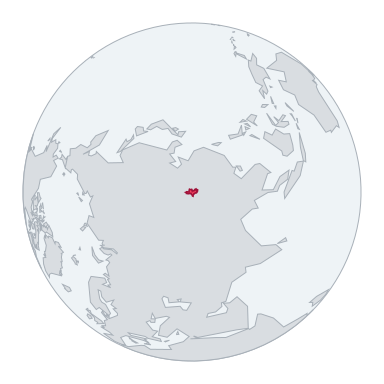 Ningxia highlighted on a globe, orthographic projection, rotated 254°
{"feature_id": "CHN-1803", "entity_name": "Ningxia", "entity_type": "Autonomous Region", "adm_level": 1, "iso_a3": "CHN", "parent_name": "China", "parent_adm1": "", "projection": "orthographic", "projection_center": [106.175, 37.314], "detail": "fine", "context": "on_globe", "style": "filled", "palette": "rose", "viewbox_px": 384, "rotation_deg": 254, "n_neighbors": 0, "source": "natural_earth", "source_scale": "10m", "svg_char_len": 13495}
<svg xmlns="http://www.w3.org/2000/svg" viewBox="0 0 384 384"><g transform="rotate(254 192 192)"><circle cx="192" cy="192" r="169" fill="#eef3f6" stroke="#a8b0b8"/><path d="M347.9,256.6L347.7,257.4L347.5,257.6L347.9,256.6ZM291.7,55.6L279.4,48.7L278.5,47.6L275.7,46.5L276.6,48.1L277.9,49.4L269.5,51.1L270.7,60.3L276.7,65.6L271.0,62.9L286.1,75.2L290.3,83.7L282.1,72.7L278.6,70.7L279.8,75.5L276.5,74.5L275.2,76.4L271.1,74.9L266.6,69.1L263.9,68.1L264.9,71.6L261.4,72.7L260.4,67.6L254.2,69.0L245.6,60.5L246.0,49.7L237.8,45.4L229.3,35.7L226.7,36.1L221.8,33.2L216.9,32.7L216.7,31.5L213.0,32.2L214.2,33.5L212.9,34.3L210.1,34.3L209.4,32.5L210.7,32.3L209.0,31.8L209.8,31.0L207.9,31.4L207.3,29.5L203.8,31.3L199.9,29.9L200.6,28.7L205.9,28.9L220.7,27.9L223.0,27.5L221.1,26.4L206.2,23.8L206.6,23.7L205.2,23.6L218.5,25.1L231.6,27.7L244.4,31.4L256.9,36.0L269.0,41.6L280.6,48.1L291.7,55.6ZM200.6,23.3L202.2,23.5L196.4,23.5L199.2,24.2L197.2,24.5L197.9,25.6L192.0,25.5L186.0,25.0L185.1,24.2L182.4,24.1L178.6,25.2L172.5,24.6L160.7,26.1L159.7,26.2L162.0,25.7L174.8,23.9L187.7,23.1L200.6,23.3ZM350.2,134.7L349.0,132.1L349.3,132.0L350.2,134.7ZM348.5,131.8L348.9,132.4L348.6,132.2L348.5,131.8ZM348.5,132.4L348.5,132.0L348.6,132.8L348.5,132.4ZM348.6,133.7L348.5,132.9L348.6,133.1L348.6,133.7ZM348.3,134.7L348.2,134.9L347.9,133.8L348.3,134.7ZM279.0,50.3L277.0,48.3L277.3,47.4L279.5,49.2L279.0,50.3ZM277.8,52.8L275.9,51.2L279.2,52.0L279.3,52.6L277.8,52.8ZM281.7,70.0L280.7,67.4L282.8,70.3L281.7,70.0ZM275.7,76.9L277.0,78.0L275.8,78.6L275.7,76.9ZM201.0,25.6L199.5,25.6L200.2,25.3L201.0,25.6ZM202.8,26.2L204.7,26.0L205.8,26.2L204.6,26.4L202.8,26.2ZM268.4,76.9L265.9,77.7L267.7,75.9L268.4,76.9ZM200.2,26.4L207.5,26.8L209.4,27.3L206.5,28.3L200.2,26.4ZM264.0,77.5L258.1,79.8L260.6,82.3L250.2,76.8L258.7,76.4L260.4,73.7L261.4,76.2L264.0,77.5ZM215.7,33.9L214.4,32.5L218.0,33.8L215.7,33.9ZM218.3,34.6L231.3,38.0L231.9,40.3L227.4,38.5L230.2,41.8L224.1,41.2L221.2,39.3L222.0,37.8L219.0,38.8L218.3,34.6ZM245.5,73.6L243.4,73.5L244.7,72.6L245.5,73.6ZM212.7,34.8L215.3,35.1L215.9,37.1L210.9,36.7L212.3,36.2L212.7,34.8ZM233.9,43.2L233.5,44.7L228.4,44.6L227.6,45.2L224.0,41.4L233.9,43.2ZM210.7,35.7L208.3,36.5L205.5,35.6L210.2,34.6L210.7,35.7ZM218.2,37.8L218.3,38.8L216.6,38.1L218.2,37.8ZM194.1,33.4L197.2,33.5L197.8,34.5L194.1,33.4ZM207.6,36.9L208.6,37.3L209.2,37.7L207.0,38.1L207.6,36.9ZM220.6,41.7L218.6,41.4L221.9,43.2L218.2,43.4L216.5,40.9L215.7,42.1L214.6,42.2L214.4,40.1L220.6,41.7ZM206.6,40.0L203.1,37.3L197.3,36.7L196.6,35.8L206.1,36.9L206.6,40.0ZM211.2,40.2L208.2,39.8L208.8,38.7L211.3,38.3L211.2,40.2ZM216.4,44.5L222.4,44.9L222.6,45.4L216.4,44.5ZM204.8,40.0L205.7,40.7L204.3,40.1L204.8,40.0ZM212.7,43.3L214.8,43.3L214.9,43.9L212.7,43.3ZM205.7,42.2L204.6,41.3L206.2,40.9L205.7,42.2ZM208.8,42.9L208.5,43.8L207.4,41.3L209.7,42.8L208.8,42.9ZM212.5,43.9L213.2,44.3L211.5,43.9L212.5,43.9ZM200.2,44.4L198.5,41.4L202.1,40.4L203.2,43.5L200.2,44.4ZM62.0,84.1L65.0,82.2L60.9,88.2L58.6,101.0L57.4,104.1L52.3,108.6L46.3,128.8L50.7,127.2L50.5,142.4L53.9,149.4L64.6,139.9L59.2,128.1L63.5,120.3L72.2,124.7L77.7,135.8L79.6,133.1L80.6,121.8L86.4,120.4L81.4,117.7L80.1,121.7L76.9,120.3L78.0,116.6L80.0,116.1L79.6,112.1L70.1,116.1L67.7,120.6L63.9,113.9L59.5,121.0L56.8,121.3L63.3,109.6L66.1,107.1L74.2,92.0L70.9,93.9L63.0,108.5L63.4,105.8L58.8,109.2L62.7,104.5L72.2,88.8L71.8,83.3L63.4,85.9L64.8,82.7L69.6,76.7L80.6,68.0L76.2,76.4L80.0,74.1L87.7,67.1L85.7,70.5L88.3,68.8L87.3,72.1L92.6,72.3L92.6,75.4L101.1,71.8L102.2,73.0L96.8,74.7L93.1,77.8L93.9,86.3L95.9,86.9L101.4,84.0L100.9,87.0L106.1,83.1L109.7,87.1L109.7,79.3L116.1,76.4L121.8,77.0L123.9,74.8L114.7,73.9L111.0,74.9L107.8,77.9L97.8,80.2L96.1,78.2L106.6,71.0L105.4,67.6L114.1,64.0L133.8,67.7L138.7,71.7L133.2,84.4L128.4,85.0L127.9,80.5L122.4,87.4L125.7,85.5L125.3,88.2L131.3,86.7L131.4,88.5L137.1,84.1L137.8,86.2L134.1,89.0L143.7,89.2L146.8,93.4L149.0,92.6L150.4,90.5L153.5,97.6L154.9,96.7L154.5,94.0L157.1,90.6L162.9,87.6L163.6,90.2L161.6,91.6L158.6,98.8L153.2,102.7L154.1,103.5L158.9,100.8L162.7,91.9L165.9,89.4L164.9,93.5L165.5,91.8L167.4,91.4L169.9,93.5L171.4,89.0L190.9,82.5L197.7,86.5L194.6,90.6L209.0,90.2L215.6,95.6L215.2,93.0L221.8,91.6L219.8,89.9L220.1,88.5L236.1,85.3L240.5,86.9L246.9,83.5L246.7,82.2L243.8,80.8L250.2,76.8L260.6,82.3L260.6,84.7L267.1,86.9L266.1,92.3L268.3,98.2L263.4,103.5L265.6,108.0L267.9,108.4L272.6,115.1L274.2,128.4L262.7,115.9L258.3,97.6L259.2,104.6L255.9,102.7L254.4,105.1L255.3,110.4L257.3,111.2L243.1,119.4L239.2,134.0L246.9,132.9L251.6,137.0L253.9,154.8L239.3,179.4L245.5,186.9L245.8,192.0L240.4,195.4L239.7,188.0L234.3,185.5L234.7,181.0L225.8,184.7L226.0,178.5L218.9,184.7L221.6,189.6L229.4,188.4L223.1,196.9L231.0,205.3L231.8,215.4L218.3,233.0L204.6,238.0L203.8,241.1L198.4,237.4L191.2,243.0L201.1,260.3L200.7,265.0L189.0,273.2L188.8,269.7L174.6,259.9L171.8,270.8L182.6,280.8L186.3,291.3L177.9,287.5L174.2,278.1L169.2,274.3L170.6,264.9L166.7,249.6L158.3,251.2L159.0,245.2L152.3,231.3L140.3,232.8L121.1,243.8L118.3,258.2L111.8,262.4L104.4,237.9L105.0,222.6L99.9,221.8L94.3,205.4L77.5,194.4L77.4,189.7L73.7,189.2L70.2,181.6L70.8,174.0L67.6,171.6L66.5,191.8L70.2,194.4L76.4,191.5L75.1,197.7L78.9,206.4L66.8,213.9L45.5,208.5L47.2,196.9L50.6,157.4L52.6,154.9L52.7,154.5L53.0,153.7L49.5,157.3L51.3,150.0L45.4,175.2L42.8,184.4L45.1,208.8L44.0,209.5L45.9,215.6L56.5,221.4L55.8,224.7L48.4,235.6L37.0,242.9L40.7,258.5L43.6,269.2L41.3,268.2L45.4,276.0L39.8,265.3L34.9,254.3L30.9,242.9L27.7,231.3L25.3,219.5L23.8,207.5L23.1,195.5L23.3,183.4L24.3,171.4L26.2,159.5L28.9,147.8L32.5,136.3L36.9,125.0L42.0,114.2L48.0,103.7L54.6,93.6L62.0,84.1ZM79.7,154.3L85.6,160.7L89.6,150.4L92.2,152.1L92.6,148.2L89.9,149.6L91.9,139.4L96.9,139.8L99.6,136.0L97.7,133.7L88.4,134.6L85.4,149.1L81.2,150.9L79.7,154.3ZM160.0,26.1L159.7,26.2L160.0,26.1ZM103.6,58.2L101.0,60.4L98.2,61.3L98.3,58.5L102.4,57.1L103.6,58.2ZM98.1,63.6L108.5,57.9L108.9,59.7L107.0,59.6L106.2,61.4L102.8,61.7L93.0,69.5L89.8,70.9L91.6,64.3L92.7,65.5L95.2,63.1L98.1,63.6ZM134.4,43.6L138.9,42.1L134.0,47.9L130.3,48.7L130.1,45.6L134.3,43.0L134.4,43.6ZM193.6,28.6L195.6,28.4L195.8,28.8L194.3,29.3L193.6,28.6ZM195.5,33.4L184.8,30.3L186.6,29.8L178.2,29.1L179.7,27.6L185.1,28.0L180.0,26.6L185.4,26.4L181.4,25.7L193.3,26.7L198.0,26.8L192.2,27.2L190.7,28.5L191.4,29.1L197.1,31.0L206.5,32.2L206.5,34.0L204.1,35.0L201.8,35.0L202.5,33.7L199.0,34.6L198.3,32.8L195.5,33.4ZM174.9,50.9L176.7,48.5L169.5,51.8L168.7,49.3L168.0,49.8L165.3,48.5L160.7,48.0L161.1,46.7L159.2,47.1L157.4,46.4L154.8,46.5L154.7,44.5L151.5,44.6L153.3,43.6L147.9,44.4L151.8,42.9L149.9,42.1L147.1,43.9L152.7,34.5L152.1,32.3L149.3,31.5L156.5,29.6L163.7,29.5L169.8,30.8L169.4,33.4L172.7,32.3L173.5,33.4L170.5,33.8L175.6,33.8L175.4,34.8L180.9,37.2L188.2,37.0L190.4,38.1L187.5,38.7L191.7,39.3L187.6,41.3L189.1,42.1L186.5,45.1L180.0,46.1L182.1,47.0L180.3,49.6L174.9,50.9ZM199.3,45.2L191.7,46.5L187.5,45.9L193.7,41.0L192.9,39.9L196.7,37.2L202.7,38.3L201.0,38.9L200.8,39.8L199.1,39.1L200.3,40.4L198.1,41.4L198.5,42.7L195.9,42.7L199.3,45.2ZM59.4,104.0L59.0,105.8L59.3,107.9L56.4,110.3L59.4,104.0ZM65.6,93.1L65.8,94.1L61.9,98.1L62.2,96.4L65.6,93.1ZM69.3,91.5L66.2,93.9L68.1,91.6L69.3,91.5ZM97.4,75.6L98.0,76.7L96.7,77.6L94.9,78.0L97.4,75.6ZM153.5,61.6L155.1,59.9L156.1,60.1L161.8,58.0L162.8,59.9L159.8,61.9L153.5,61.6ZM61.8,139.9L58.8,140.1L59.2,137.9L60.1,138.3L61.8,139.9ZM56.0,124.5L55.7,129.5L55.2,125.1L56.0,124.5ZM155.5,63.3L157.7,62.1L156.8,63.8L155.5,63.3ZM163.8,61.2L163.4,63.1L163.6,59.9L163.8,61.2ZM57.3,283.0L60.6,296.4L56.6,292.2L52.6,285.7L49.1,276.1L52.6,277.7L53.4,274.6L57.3,283.0ZM228.9,312.8L233.9,312.9L233.7,313.4L228.9,312.8ZM223.6,311.2L229.4,311.0L222.6,312.5L223.6,311.2ZM231.7,310.9L237.6,309.2L240.1,308.0L239.7,309.3L231.7,310.9ZM219.7,311.5L198.1,311.6L189.6,309.7L191.6,307.7L205.4,308.6L219.7,311.5ZM191.0,307.6L177.9,300.5L160.2,279.3L166.6,280.5L185.1,294.1L183.9,296.0L191.8,301.5L191.0,307.6ZM222.4,296.2L221.2,302.0L209.3,301.8L203.9,300.9L200.2,293.3L202.3,289.5L206.7,289.6L223.9,275.6L229.9,278.7L224.6,284.7L229.5,289.7L222.4,296.2ZM118.9,259.8L122.3,269.4L118.8,269.7L118.9,259.8ZM230.8,265.3L223.9,271.9L230.2,263.2L230.8,265.3ZM234.5,257.0L235.0,260.2L232.2,257.3L234.5,257.0ZM203.6,245.7L198.9,246.4L198.8,244.0L204.8,241.8L203.6,245.7ZM232.4,223.9L232.3,231.2L231.4,233.7L229.3,229.4L232.4,223.9ZM167.2,80.7L158.2,81.3L152.4,83.6L150.1,87.5L149.4,82.5L158.4,78.9L167.2,80.7ZM187.9,81.9L189.8,78.8L191.5,80.3L191.3,81.2L187.9,81.9ZM187.2,80.0L184.7,76.1L187.4,74.5L188.9,77.8L187.2,80.0ZM169.7,69.0L167.0,68.9L167.8,67.5L169.7,69.0ZM270.5,341.6L271.9,340.3L277.7,337.4L274.0,339.7L270.5,341.6ZM253.2,341.3L220.4,351.2L213.5,351.2L215.9,349.1L210.9,342.4L213.2,342.4L212.5,337.2L232.3,330.5L246.7,318.6L256.9,317.5L265.1,308.1L275.5,306.1L271.9,313.0L282.1,313.7L290.4,298.0L295.2,309.6L301.6,310.7L301.7,316.5L284.9,332.3L276.6,337.4L275.6,337.5L272.0,339.6L267.3,341.3L266.0,339.5L262.3,341.5L266.4,338.2L260.9,341.8L259.0,340.5L253.2,341.3ZM326.3,289.4L327.5,288.6L328.8,288.8L327.0,290.2L326.3,289.4ZM344.9,263.2L345.0,263.3L344.0,265.2L344.9,263.2ZM347.5,257.6L346.3,260.1L347.9,256.6L347.5,257.6ZM334.2,276.5L334.6,276.7L334.1,277.5L334.2,276.5ZM333.8,276.7L334.7,274.7L334.4,276.1L333.8,276.7ZM328.8,274.2L329.6,272.8L329.9,273.2L328.8,274.2ZM241.4,312.1L248.5,307.0L252.3,306.1L241.4,312.1ZM327.8,273.4L325.8,274.6L326.1,273.7L327.8,273.4ZM328.1,271.4L327.9,270.4L329.0,272.2L328.1,271.4ZM324.4,271.4L326.7,271.9L324.1,271.8L324.4,271.4ZM322.9,272.6L321.1,272.8L321.3,272.3L322.9,272.6ZM301.6,284.7L308.4,288.5L302.7,290.9L296.4,289.2L291.1,295.1L279.2,298.1L282.0,294.8L280.5,291.3L268.0,292.8L265.5,290.7L270.0,288.0L261.6,287.5L270.8,284.4L274.5,289.1L279.7,283.5L288.4,282.1L296.7,281.1L303.3,282.5L301.6,284.7ZM270.7,296.3L272.3,296.0L270.8,297.9L270.7,296.3ZM317.7,271.8L320.3,272.9L320.0,273.7L318.7,274.1L317.7,271.8ZM304.8,281.0L311.9,273.5L313.5,272.8L308.8,279.9L304.8,281.0ZM310.3,271.4L313.5,270.5L315.1,272.2L314.4,273.2L310.3,271.4ZM252.0,294.9L251.6,296.5L249.2,295.7L252.0,294.9ZM255.1,293.5L262.3,293.9L254.4,294.9L255.1,293.5ZM232.9,290.8L235.0,294.3L241.9,291.3L236.7,295.2L241.2,300.6L239.6,302.9L235.1,297.1L233.4,303.8L230.4,303.9L228.8,298.4L231.9,291.2L234.9,288.0L247.2,285.4L232.9,290.8ZM255.1,289.1L253.2,285.1L254.6,282.0L256.7,283.9L255.1,289.1ZM247.4,275.2L242.2,270.5L237.5,273.0L246.9,264.5L250.3,270.4L247.4,275.2ZM242.8,264.0L238.5,266.3L242.9,261.4L242.8,264.0ZM237.3,264.6L236.8,260.8L240.2,261.0L237.3,264.6ZM245.1,263.9L245.8,257.3L247.7,260.9L245.1,263.9ZM235.1,252.3L242.7,258.0L232.9,256.1L232.2,243.4L236.4,242.8L235.1,252.3ZM256.2,196.3L255.0,192.5L258.6,191.1L258.4,194.1L256.2,196.3ZM269.4,184.0L259.2,189.5L250.9,194.3L253.6,195.7L252.1,202.6L247.7,196.9L253.3,188.8L259.7,186.5L260.3,180.7L264.8,176.2L263.2,169.3L265.1,166.0L268.4,171.6L269.4,184.0ZM262.3,166.5L261.2,154.2L268.2,154.8L270.0,157.6L267.6,162.9L264.0,162.3L262.3,166.5ZM263.0,151.5L259.5,150.9L250.6,134.1L250.5,130.8L261.0,143.2L258.3,143.4L259.2,147.7L263.0,151.5ZM244.2,74.8L243.4,73.6L245.3,74.4L244.2,74.8ZM218.8,87.6L219.5,86.0L221.7,86.8L218.8,87.6ZM222.7,82.0L219.8,82.2L222.5,80.9L222.7,82.0ZM213.3,82.9L218.5,81.7L214.0,84.4L213.3,82.9Z" fill="#d9dde1" stroke="#a8b0b8" stroke-width="1"/><path d="M193.4,185.9L193.4,186.0L193.4,186.3L193.5,186.5L193.6,186.8L193.8,186.9L193.8,187.0L193.7,187.3L193.4,187.9L193.2,188.1L193.1,188.6L192.9,188.9L192.7,189.1L192.9,189.3L193.1,189.3L193.5,189.5L193.9,189.6L194.1,189.6L194.3,189.6L194.6,189.7L194.7,189.8L194.8,189.9L194.8,190.0L195.1,190.2L195.2,190.3L195.5,190.4L195.5,190.5L195.4,190.6L195.1,190.7L195.0,190.8L194.9,191.0L194.7,191.2L194.7,191.3L194.6,191.6L194.5,191.8L194.5,192.0L194.7,192.3L194.7,192.5L194.4,192.6L194.2,192.5L193.9,192.6L193.7,192.6L193.4,192.4L193.2,192.3L193.1,192.6L193.0,192.8L193.0,193.1L192.9,193.1L193.0,193.2L193.1,193.4L193.1,193.5L192.9,193.7L192.8,193.8L192.7,193.8L192.7,194.0L192.8,194.2L192.8,194.3L192.7,194.3L192.7,194.5L192.8,194.6L192.8,194.8L192.7,194.9L192.7,195.0L192.8,195.1L193.0,195.1L193.4,195.3L193.5,195.2L193.6,195.3L193.7,195.5L193.8,195.6L193.8,195.8L193.8,196.0L193.6,196.2L193.7,196.3L193.8,196.5L193.7,196.5L193.4,196.7L193.4,196.8L193.2,196.7L192.9,196.7L192.7,196.7L192.6,196.8L192.7,197.0L192.8,197.1L192.6,197.2L192.6,197.3L192.8,197.4L192.8,197.5L192.7,197.7L192.7,197.8L192.5,198.1L192.4,198.1L192.3,197.9L192.2,197.9L192.1,197.7L191.8,197.6L191.7,197.6L191.4,197.6L191.7,197.5L191.8,197.4L191.7,197.4L191.4,197.3L191.2,197.4L191.1,197.2L190.9,197.0L190.8,196.9L190.9,196.7L190.7,196.7L190.6,196.8L190.3,196.6L190.2,196.6L190.1,196.4L190.0,196.2L189.9,196.0L189.9,195.9L190.0,195.9L190.0,195.7L190.2,195.4L190.3,195.3L190.3,195.2L190.2,194.9L190.1,194.7L189.9,194.4L189.9,194.2L189.7,193.8L189.7,193.7L189.8,193.7L190.0,193.6L189.9,193.4L189.7,193.1L189.6,192.9L189.4,192.8L189.2,192.8L189.2,192.7L188.9,192.4L188.8,192.2L188.7,192.2L188.6,192.3L188.4,192.2L188.5,192.1L188.6,191.9L188.5,191.7L188.2,191.6L187.9,191.7L187.7,191.7L187.9,191.4L188.0,191.4L188.3,191.3L188.5,191.4L188.8,191.3L189.1,191.3L189.3,191.2L189.5,191.0L189.8,190.8L190.1,190.7L190.3,190.8L190.5,190.8L190.8,190.8L190.8,190.7L191.1,190.6L191.1,190.3L191.2,190.1L191.2,189.9L191.0,189.6L191.1,189.4L191.2,189.2L191.2,188.8L191.2,188.3L191.4,187.8L191.4,187.7L191.5,187.5L191.6,187.4L191.6,187.2L191.8,187.0L191.8,186.8L191.9,186.7L192.0,186.6L192.3,186.6L192.2,186.4L192.2,186.2L192.3,186.2L192.6,186.2L192.8,186.1L193.0,186.0L193.3,186.0L193.4,185.9Z" fill="#f43f5e" stroke="#9f1239" stroke-width="1.5"/></g></svg>